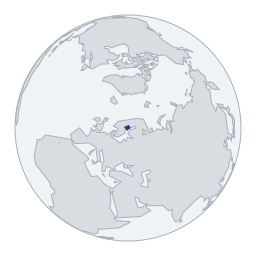 Västernorrland on an orthographic globe, rotated 39°
{"feature_id": "SWE-191", "entity_name": "Västernorrland", "entity_type": "County", "adm_level": 1, "iso_a3": "SWE", "parent_name": "Sweden", "parent_adm1": "", "projection": "orthographic", "projection_center": [17.916, 63.083], "detail": "medium", "context": "on_globe", "style": "filled", "palette": "blue", "viewbox_px": 256, "rotation_deg": 39, "n_neighbors": 0, "source": "natural_earth", "source_scale": "10m", "svg_char_len": 11271}
<svg xmlns="http://www.w3.org/2000/svg" viewBox="0 0 256 256"><g transform="rotate(39 128 128)"><circle cx="128" cy="128" r="113" fill="#eef3f6" stroke="#a8b0b8"/><path d="M16.1,115.3L16.0,115.8L17.2,110.1L17.7,107.2L17.6,106.3L20.1,96.0L22.3,90.3L36.7,62.3L39.6,58.6L41.8,56.6L57.6,43.2L45.7,51.9L49.7,47.9L55.0,43.7L54.6,44.5L61.5,40.4L66.6,37.1L75.5,34.4L82.4,36.8L79.2,37.9L81.3,38.5L85.3,37.2L87.6,36.3L100.1,37.9L113.8,36.2L117.6,33.6L117.2,36.0L124.0,29.7L131.1,28.1L123.4,31.3L122.9,32.7L127.9,32.2L128.4,33.6L131.2,34.2L131.4,36.0L126.9,37.9L126.9,39.1L130.4,38.7L132.9,40.4L127.7,40.7L131.4,43.7L124.5,47.7L110.5,47.8L107.0,52.1L93.3,57.8L94.9,59.0L90.7,62.1L90.9,64.7L88.3,65.2L90.7,66.8L93.1,65.9L94.9,66.4L95.3,67.9L92.0,68.7L91.4,68.1L90.6,69.1L88.8,68.9L89.9,69.8L85.9,70.7L90.3,72.1L87.5,74.7L84.8,74.7L84.5,71.8L77.3,65.0L74.4,64.4L70.6,66.3L64.6,76.0L61.7,76.7L58.1,79.7L60.0,80.6L63.5,78.6L66.1,81.2L70.0,78.6L71.7,79.3L76.0,77.9L75.9,81.4L73.5,85.5L70.0,86.8L68.8,88.7L72.7,90.2L66.6,95.5L63.4,104.0L61.7,105.1L57.6,102.2L56.3,95.2L50.9,92.0L55.0,97.4L50.8,100.4L50.3,102.3L50.9,104.2L52.8,104.4L51.4,106.2L46.9,101.4L48.0,99.7L49.5,101.2L48.8,98.0L45.8,95.0L43.9,96.9L41.2,90.9L39.8,92.2L38.5,91.8L40.9,90.0L36.5,93.2L33.1,87.6L27.2,93.2L32.4,85.0L33.9,80.8L35.1,76.3L34.1,77.0L37.1,70.4L37.6,66.5L34.3,68.1L30.5,73.2L27.4,80.1L28.1,80.4L26.8,85.1L24.3,86.0L21.5,95.5L19.8,98.2L18.5,102.6L17.9,106.6L17.0,112.1L17.6,113.3L18.0,117.6L16.8,120.6L18.0,120.9L17.5,125.4L19.1,136.0L18.6,135.9L19.8,148.4L23.0,159.8L23.7,164.2L23.1,164.4L24.7,168.2L24.7,169.1L32.7,183.9L38.3,192.8L39.1,195.6L36.4,193.4L36.7,194.0L32.1,187.1L28.0,179.9L24.5,172.4L21.5,164.6L19.1,156.6L17.2,148.5L16.0,140.3L15.4,131.9L15.4,123.6L16.1,115.3ZM25.5,94.3L22.4,106.9L22.6,101.3L22.8,102.0L24.0,98.4L25.5,92.7L26.1,88.2L25.5,94.3ZM27.8,96.2L28.2,94.3L28.0,96.0L27.8,96.2ZM88.4,35.7L85.4,37.1L81.5,37.8L84.0,36.4L88.4,35.7ZM95.9,34.9L94.7,35.9L92.5,34.9L93.9,34.6L95.9,34.9ZM120.2,31.4L117.6,31.9L119.9,31.0L120.2,31.4ZM131.5,34.0L132.1,33.5L133.2,34.1L131.5,34.0ZM75.7,76.2L75.8,77.0L74.9,76.8L75.7,76.2ZM77.4,74.8L76.4,74.0L77.0,73.2L77.7,73.7L77.4,74.8ZM134.6,37.3L136.3,38.5L133.8,37.6L134.6,37.3ZM78.6,76.1L78.4,72.0L79.6,70.7L83.1,71.7L78.6,76.1ZM136.8,39.4L141.0,42.4L142.7,41.4L140.4,46.1L137.6,41.9L134.2,40.9L136.5,40.6L136.8,39.4ZM93.7,65.0L91.2,66.0L92.9,63.8L93.7,65.0ZM94.3,63.5L97.0,56.3L100.8,55.6L99.1,58.1L103.8,56.3L104.4,59.4L101.9,61.2L99.4,61.0L101.5,62.4L94.3,63.5ZM138.5,48.3L138.9,49.4L137.7,48.6L138.5,48.3ZM95.8,66.4L96.0,65.0L99.3,64.3L99.5,67.0L98.4,66.4L95.8,66.4ZM104.8,54.3L107.3,54.3L108.5,56.9L109.6,57.2L104.7,59.5L104.8,54.3ZM97.8,67.3L99.5,68.5L98.3,70.2L95.8,67.8L97.8,67.3ZM100.1,63.0L101.7,62.8L100.9,63.8L100.1,63.0ZM94.8,77.1L95.0,75.3L96.7,74.8L94.8,77.1ZM100.3,68.8L100.7,68.2L101.4,67.8L102.3,69.0L100.3,68.8ZM105.9,61.2L105.8,62.3L107.9,60.4L108.8,62.3L105.4,63.5L107.3,63.8L107.6,64.4L104.5,64.7L105.9,61.2ZM105.3,69.0L101.2,71.3L100.6,74.7L99.0,75.2L100.4,69.7L105.3,69.0ZM105.1,66.4L104.8,68.1L103.0,67.9L102.0,66.6L105.1,66.4ZM110.7,63.2L110.1,60.0L110.9,59.8L110.7,63.2ZM105.4,70.0L106.4,69.4L105.6,70.3L105.4,70.0ZM109.5,65.3L109.2,64.2L110.1,64.0L109.5,65.3ZM108.6,69.3L107.3,70.0L106.6,69.1L108.6,69.3ZM109.3,67.5L110.5,67.6L107.1,68.4L109.0,67.0L109.3,67.5ZM110.4,65.4L110.8,65.0L110.4,65.9L110.4,65.4ZM111.9,72.3L107.8,73.5L106.2,71.5L110.5,70.6L111.9,72.3ZM123.1,240.5L116.2,238.3L119.8,236.6L118.9,234.6L110.2,228.1L112.1,224.6L109.6,222.5L104.6,222.2L101.7,219.5L98.6,218.8L79.0,214.2L72.7,208.6L64.7,194.1L68.0,191.2L68.2,185.4L91.0,172.7L96.4,175.7L114.9,176.0L117.3,177.1L115.7,182.4L130.0,189.0L134.0,184.6L146.4,186.5L154.4,184.6L156.3,174.1L143.3,177.0L140.5,172.3L150.5,165.7L161.8,163.1L161.1,161.2L153.5,158.7L155.6,154.1L150.8,157.5L153.1,159.1L150.2,161.4L147.9,160.1L148.7,158.4L145.2,158.3L142.1,166.4L144.0,168.9L135.1,171.4L137.5,175.9L135.2,178.3L130.2,171.7L130.4,169.0L121.5,161.3L120.5,164.3L128.8,171.9L126.4,171.3L125.2,175.7L124.2,172.0L115.4,163.3L107.0,164.1L97.0,173.2L91.9,172.7L87.3,169.1L90.2,158.4L101.2,160.7L102.4,157.2L99.5,151.0L103.1,152.3L103.3,150.1L107.4,150.6L112.5,145.9L116.6,145.8L118.0,139.0L120.3,138.1L118.8,142.3L120.0,145.3L130.0,144.9L131.8,143.4L131.9,139.0L134.6,139.6L133.5,135.4L138.9,133.0L131.3,132.6L131.2,127.7L134.2,123.7L132.8,122.0L127.9,128.7L127.2,131.4L128.9,133.9L125.8,141.6L122.4,142.9L120.5,134.7L115.5,135.6L116.2,129.0L128.9,114.8L134.5,111.6L145.0,116.3L144.0,119.7L139.8,119.6L144.2,124.1L143.6,121.6L145.9,122.1L146.4,117.8L148.1,118.0L145.7,113.6L147.8,113.4L149.2,116.2L151.8,109.8L155.9,108.2L155.7,106.7L154.3,105.6L160.5,104.5L160.0,103.4L157.8,103.4L155.5,101.3L153.9,97.3L156.1,97.1L157.0,98.5L162.3,101.4L164.3,105.4L165.0,104.9L163.8,101.4L157.4,97.9L155.8,95.5L159.0,96.7L157.7,96.1L157.6,94.9L159.6,93.6L156.2,92.1L152.0,79.5L155.4,75.9L158.7,78.2L158.1,69.8L162.0,66.7L160.0,66.6L158.3,62.8L157.1,63.7L156.0,63.3L151.2,54.2L151.8,52.1L147.4,48.4L146.4,48.4L145.7,49.7L140.4,46.1L142.7,41.4L144.9,41.6L144.8,38.6L150.0,39.6L154.2,39.2L159.9,42.3L162.8,41.8L162.4,40.7L165.9,39.4L174.6,40.8L169.3,44.4L156.6,44.1L161.9,44.6L161.2,46.0L163.5,47.1L167.2,47.4L167.3,46.5L175.9,55.2L185.8,59.8L183.9,55.5L185.5,53.8L195.2,56.1L209.6,69.5L211.9,67.9L214.0,69.0L216.1,72.8L213.2,71.3L212.8,73.7L210.9,72.4L213.4,78.2L210.7,76.6L213.9,82.1L215.8,81.8L214.6,77.1L218.6,82.8L221.0,80.5L224.4,82.8L230.8,95.4L232.7,104.7L233.5,106.1L232.6,108.1L233.9,114.1L237.5,113.7L238.3,115.5L239.2,125.2L238.8,124.1L236.6,129.5L237.9,134.8L239.7,131.7L240.4,133.3L239.8,136.9L238.9,135.9L238.0,137.6L237.0,133.5L233.9,131.1L233.2,136.8L232.0,134.5L227.6,134.6L225.9,142.7L224.0,158.8L225.8,165.3L224.2,171.2L217.4,168.5L213.6,163.5L211.6,166.9L204.1,166.3L192.5,175.7L190.5,174.6L188.4,177.2L183.1,178.1L179.9,175.9L176.9,177.8L185.4,183.4L188.6,181.2L190.7,175.8L192.5,178.3L197.6,177.8L193.3,189.1L175.4,205.3L173.1,200.6L156.6,188.9L156.8,186.7L156.7,186.5L156.4,186.1L155.5,189.9L152.5,187.0L161.9,197.0L163.7,201.4L175.2,205.7L174.3,206.9L177.8,207.0L188.3,199.6L188.5,201.2L183.9,211.1L168.8,225.4L170.5,228.6L168.8,231.5L158.8,235.7L159.0,236.2L153.7,237.7L143.5,239.6L133.3,240.5L123.1,240.5ZM83.8,182.1L83.4,183.9L83.8,182.1ZM174.4,164.9L180.7,161.9L176.9,156.8L179.0,155.3L176.9,154.2L176.5,156.5L171.2,153.1L173.6,149.6L172.3,147.0L170.1,147.9L166.6,154.9L174.2,159.7L173.1,163.2L174.4,164.9ZM19.2,136.3L19.2,138.2L18.8,136.5L19.2,136.3ZM21.8,101.7L21.5,103.9L21.1,105.5L21.1,104.0L21.8,101.7ZM21.6,120.1L21.7,122.8L21.2,120.4L21.6,120.1ZM22.1,108.8L21.5,118.0L20.6,113.7L21.2,108.0L21.3,111.3L22.1,108.8ZM26.2,96.7L25.8,98.3L25.4,98.4L26.2,96.7ZM27.6,97.5L27.6,97.0L28.2,95.9L27.6,97.5ZM51.1,100.6L51.4,101.1L51.6,103.1L50.7,102.5L51.1,100.6ZM57.2,110.7L54.9,113.4L55.9,110.9L54.3,110.5L54.3,104.9L60.9,105.4L57.9,106.1L57.2,110.7ZM56.2,97.9L55.4,101.2L56.0,97.5L56.2,97.9ZM100.3,138.0L101.9,139.8L100.6,142.2L95.4,142.8L97.2,139.3L100.3,138.0ZM104.4,141.9L103.9,133.8L107.1,133.3L105.4,134.9L107.5,135.4L105.4,138.2L108.9,145.8L108.0,148.4L99.0,147.8L102.5,146.5L100.7,144.7L104.4,141.9ZM96.9,115.4L96.7,112.3L103.9,115.1L103.2,117.7L98.0,118.4L95.8,115.6L96.9,115.4ZM84.9,78.8L84.3,77.7L85.2,77.4L86.4,78.2L84.9,78.8ZM94.8,76.3L88.1,83.5L87.2,82.6L84.4,88.1L80.9,87.8L82.8,84.2L78.0,88.2L78.3,84.8L75.3,87.9L79.9,79.8L79.9,77.1L81.2,80.2L84.5,80.6L85.9,79.9L90.1,76.0L91.8,70.3L95.3,69.9L97.4,71.1L97.5,72.4L95.2,72.2L97.0,74.1L93.7,74.8L94.8,76.3ZM119.1,87.3L116.3,86.3L119.4,90.7L116.2,91.3L116.7,91.8L114.6,93.5L113.0,96.5L111.4,96.3L111.4,97.6L110.0,98.8L109.5,100.5L106.6,100.8L105.7,102.9L104.8,101.8L104.2,105.5L103.3,102.9L101.4,104.3L103.3,106.1L88.4,103.9L82.9,105.2L78.7,107.8L77.8,103.2L81.1,97.9L86.5,93.1L92.0,92.6L90.6,90.7L92.8,89.9L92.9,91.7L94.0,88.4L95.8,88.3L100.6,84.5L100.9,80.0L102.7,78.6L103.5,80.3L104.7,77.7L107.4,79.9L108.7,79.0L112.7,80.3L113.5,84.3L114.9,82.9L118.0,84.0L119.1,87.3ZM113.0,72.8L114.7,77.2L113.8,79.7L107.2,76.3L105.6,76.9L101.4,74.9L102.9,71.4L103.9,72.3L105.3,72.3L104.3,73.4L106.2,72.5L107.7,73.7L109.6,73.4L109.6,74.9L113.0,72.8ZM119.7,175.2L121.5,175.5L124.3,175.3L123.6,178.1L119.7,175.2ZM113.6,169.3L115.2,169.1L115.5,172.8L113.6,172.6L113.6,169.3ZM115.8,165.8L115.2,168.8L114.4,167.1L115.8,165.8ZM120.3,141.9L121.9,141.4L122.2,142.4L121.4,143.9L120.3,141.9ZM127.6,101.3L126.2,100.1L126.6,99.5L125.4,95.7L127.7,95.1L129.4,97.2L127.6,101.3ZM154.2,176.4L152.1,178.9L150.8,178.3L151.8,177.6L154.2,176.4ZM137.2,179.4L141.2,180.2L137.0,180.1L137.2,179.4ZM130.0,100.0L129.2,98.5L130.8,99.1L130.0,100.0ZM129.3,94.5L131.2,94.9L127.8,94.6L129.3,94.5ZM172.9,231.3L172.7,231.3L176.3,228.5L182.2,225.2L185.2,222.6L186.5,223.1L178.9,228.5L172.9,231.3ZM239.8,141.4L239.8,141.9L237.4,145.0L238.3,141.4L240.4,135.0L240.3,136.5L240.4,135.4L239.8,141.4ZM240.6,125.6L240.5,123.2L240.4,120.7L238.4,105.9L238.0,103.9L239.8,114.7L240.6,125.6ZM226.2,165.4L228.4,166.4L227.3,168.9L226.2,165.4ZM236.4,98.5L238.0,104.6L236.2,98.2L236.4,98.5ZM234.6,93.7L235.1,94.6L235.0,95.1L234.6,93.7ZM234.6,107.6L234.8,110.6L234.3,109.9L233.7,105.8L234.6,107.6ZM227.0,84.9L229.1,87.0L229.9,88.2L228.9,88.2L227.0,84.9ZM148.6,93.7L147.8,99.5L148.8,103.5L151.7,105.4L147.2,105.3L145.7,99.2L148.6,93.7ZM151.3,81.2L148.7,79.8L150.0,78.9L150.8,79.1L151.3,81.2ZM149.6,81.4L146.1,82.6L144.8,80.8L147.8,80.2L149.6,81.4ZM138.1,91.2L137.7,92.9L136.3,92.3L138.1,91.2ZM235.4,94.1L236.4,97.5L233.9,89.6L235.4,94.1ZM234.5,91.6L235.5,94.7L234.1,90.6L234.5,91.6ZM235.4,94.7L235.0,93.8L234.5,92.0L235.4,94.7ZM234.1,90.3L233.0,87.8L233.2,88.0L234.1,90.3ZM233.7,91.9L233.6,89.6L234.7,94.3L232.2,90.7L231.5,88.3L233.7,91.9ZM213.8,64.6L212.6,64.3L211.3,62.0L212.5,62.9L213.8,64.6ZM205.8,54.7L210.5,61.3L214.0,66.9L214.1,65.8L217.0,68.4L215.6,69.2L211.4,64.2L209.1,60.3L206.5,58.6L203.4,55.2L200.6,54.4L198.5,52.7L200.4,52.3L205.8,54.7ZM199.4,54.3L193.4,52.2L191.9,48.7L193.0,48.4L196.3,50.8L196.9,52.5L199.4,54.3ZM191.5,50.7L191.9,52.4L184.0,53.8L181.9,53.2L187.2,50.1L188.0,51.5L190.2,51.9L191.5,50.7ZM140.0,49.0L139.0,49.3L139.4,48.5L140.0,49.0ZM155.4,63.9L153.9,63.3L154.4,62.3L155.4,63.9ZM150.2,61.2L150.7,62.8L149.3,61.2L150.2,61.2ZM151.8,66.5L150.4,63.5L153.0,66.3L151.8,66.5Z" fill="#d9dde1" stroke="#a8b0b8" stroke-width="1"/><path d="M129.2,127.2L129.2,127.5L129.0,127.8L128.9,127.6L128.7,127.6L128.9,127.7L128.8,127.8L128.7,127.7L128.8,127.7L128.7,127.7L128.7,127.8L128.5,128.0L128.4,128.1L128.5,128.1L128.4,128.1L128.5,128.2L128.4,128.2L128.4,128.3L128.5,128.3L128.4,128.3L128.5,128.4L128.4,128.5L128.3,128.4L128.3,128.5L128.2,128.5L128.1,128.4L128.0,128.5L128.0,128.3L127.9,128.3L127.9,128.2L127.9,128.3L128.0,128.5L128.1,128.8L128.1,129.0L128.0,128.9L128.0,129.0L127.9,129.2L127.8,129.3L127.7,129.3L127.6,129.1L127.5,129.3L127.5,129.5L127.8,129.7L127.7,129.7L127.6,129.8L127.2,129.8L126.7,129.6L126.4,129.6L125.9,129.4L125.7,129.5L125.3,129.4L125.2,129.2L125.2,128.9L125.5,128.9L125.9,128.8L126.2,128.7L126.6,128.7L126.9,128.3L127.2,128.2L126.5,127.4L126.4,127.3L126.3,127.2L126.3,126.9L126.8,126.8L126.8,126.7L127.0,126.2L127.1,126.3L127.8,126.4L128.4,126.2L128.5,126.3L128.4,126.3L128.5,126.5L128.9,126.6L129.0,126.7L129.1,127.0L129.2,127.2ZM128.2,128.8L128.1,128.7L128.2,128.8Z" fill="#3b82f6" stroke="#1e3a8a" stroke-width="1.5"/></g></svg>